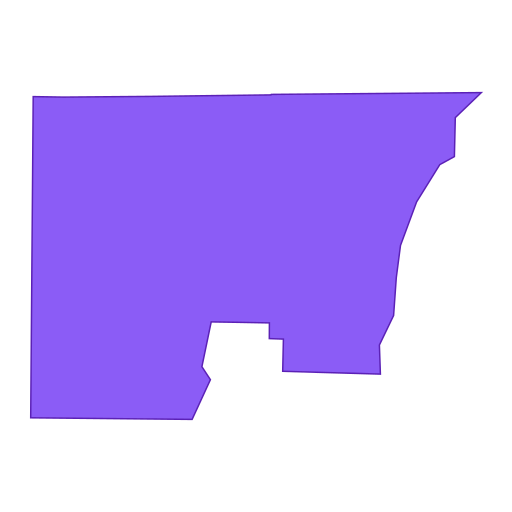 Holmes, Florida, United States of America
{"feature_id": "52423323B82780636991471", "entity_name": "Holmes", "entity_type": "district", "adm_level": 2, "iso_a3": "USA", "parent_name": "United States of America", "parent_adm1": "Florida", "projection": "equal_earth", "projection_center": [-85.728, 30.85], "detail": "fine", "context": "isolated", "style": "filled", "palette": "violet", "viewbox_px": 512, "rotation_deg": 0, "n_neighbors": 0, "source": "geoboundaries", "source_scale": "gbopen_adm2", "svg_char_len": 455}
<svg xmlns="http://www.w3.org/2000/svg" viewBox="0 0 512 512"><path d="M33.2,96.6L30.7,417.8L192.1,419.4L210.4,379.7L201.9,366.7L211.2,321.9L237.4,322.3L269.4,322.9L269.3,338.6L283.4,339.1L282.7,371.3L380.4,374.1L379.4,345.0L393.6,315.5L396.3,277.6L400.5,245.4L416.6,201.9L439.8,164.6L454.4,156.6L455.3,117.6L481.3,92.6L481.0,92.6L413.3,93.2L271.3,94.4L271.0,94.9L151.2,96.4L63.5,97.1L33.2,96.6Z" fill="#8b5cf6" stroke="#5b21b6" stroke-width="1.5"/></svg>